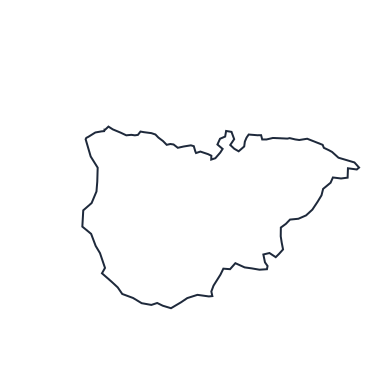 Agios Pavlos, Limassol, Cyprus (Robinson projection), rotated 38°
{"feature_id": "46923920B27663656308874", "entity_name": "Agios Pavlos", "entity_type": "district", "adm_level": 2, "iso_a3": "CYP", "parent_name": "Cyprus", "parent_adm1": "Limassol", "projection": "robinson", "projection_center": [33.049, 34.872], "detail": "fine", "context": "isolated", "style": "outline", "palette": "slate", "viewbox_px": 384, "rotation_deg": 38, "n_neighbors": 0, "source": "geoboundaries", "source_scale": "gbopen_adm2", "svg_char_len": 1680}
<svg xmlns="http://www.w3.org/2000/svg" viewBox="0 0 384 384"><g transform="rotate(38 192 192)"><path d="M308.6,69.9L301.8,68.7L286.3,74.8L277.7,74.2L274.1,74.8L268.7,76.0L265.9,74.4L250.0,79.1L244.5,85.0L241.0,87.0L235.8,89.4L234.3,91.2L229.2,94.8L222.5,99.6L218.3,104.8L215.0,107.4L211.5,104.7L208.6,107.0L201.3,111.8L201.5,115.5L202.6,119.7L205.1,124.0L203.7,131.2L198.7,131.9L193.2,131.4L192.7,124.4L186.1,120.3L181.3,122.9L184.0,127.9L181.3,132.8L182.8,138.9L189.6,139.2L190.0,143.6L189.6,151.0L187.2,154.6L184.9,151.5L181.3,152.3L173.7,155.0L171.2,158.8L169.8,158.1L165.2,154.8L162.4,155.9L157.4,161.3L153.6,165.9L148.2,165.9L145.4,167.5L143.0,170.4L137.8,169.7L132.0,169.8L127.8,169.2L123.8,170.6L117.2,174.5L114.2,176.1L114.2,180.3L112.1,182.5L109.0,184.3L105.3,187.8L99.1,189.2L91.1,191.4L85.9,191.9L85.1,197.0L84.8,197.0L85.3,198.1L83.4,199.9L79.2,204.6L76.4,212.2L75.4,214.4L75.7,215.9L90.3,226.4L102.7,230.9L111.0,242.2L116.4,250.4L119.7,262.5L117.6,273.4L126.9,286.8L138.3,287.1L149.3,293.8L157.1,296.8L170.2,305.4L171.1,311.5L183.8,312.2L192.2,312.9L199.8,315.3L210.8,311.8L220.8,310.6L229.5,306.0L232.9,300.9L239.0,299.6L247.0,296.5L251.2,285.8L253.6,278.5L259.6,269.7L269.6,263.9L272.1,261.5L268.5,258.5L266.6,252.5L265.3,239.6L263.9,233.1L269.5,229.4L270.0,221.4L279.9,219.0L286.1,215.4L293.0,211.7L298.6,206.7L297.1,203.8L292.8,202.5L286.7,197.3L290.6,192.4L298.1,191.8L298.7,187.1L299.1,181.2L293.9,176.7L289.2,172.3L283.9,165.3L285.6,159.3L286.2,153.4L292.3,147.6L296.3,140.2L297.7,131.8L297.0,122.6L296.1,114.9L293.4,108.8L295.5,99.4L294.1,93.8L301.1,89.6L305.8,84.9L300.3,77.3L308.0,72.8L308.6,69.9Z" fill="none" stroke="#1e293b" stroke-width="2"/></g></svg>